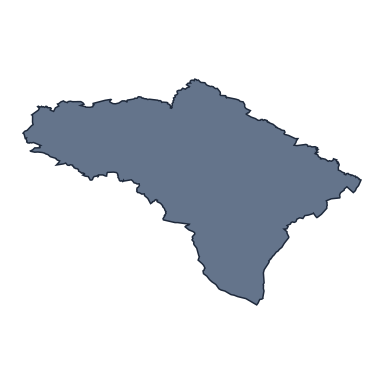 Sørum nor, Akershus, Norway (Natural Earth projection)
{"feature_id": "86288312B90693098258026", "entity_name": "Sørum nor", "entity_type": "district", "adm_level": 2, "iso_a3": "NOR", "parent_name": "Norway", "parent_adm1": "Akershus", "projection": "natural_earth1", "projection_center": [11.283, 59.978], "detail": "fine", "context": "isolated", "style": "filled", "palette": "slate", "viewbox_px": 384, "rotation_deg": 0, "n_neighbors": 0, "source": "geoboundaries", "source_scale": "gbopen_adm2", "svg_char_len": 5950}
<svg xmlns="http://www.w3.org/2000/svg" viewBox="0 0 384 384"><path d="M23.0,133.2L24.1,134.1L25.2,138.4L26.5,138.0L26.1,139.3L26.9,140.7L26.7,142.0L27.4,142.3L27.6,142.8L29.3,143.1L30.0,142.6L31.4,142.9L33.5,142.5L40.6,145.4L39.6,145.8L39.5,146.5L40.1,147.1L39.8,147.8L34.7,147.9L32.9,149.7L30.4,151.0L30.7,151.3L34.7,152.2L37.9,152.0L42.3,152.5L44.7,153.2L45.5,153.8L48.0,154.6L50.3,156.7L55.1,158.1L56.2,158.7L56.1,159.0L57.4,160.1L59.7,160.9L59.0,162.2L56.4,165.0L63.4,163.9L65.7,163.1L67.4,165.1L69.2,165.4L70.5,164.7L72.6,165.2L72.5,165.8L73.8,166.8L73.9,167.6L76.1,168.7L76.9,168.5L78.4,169.5L78.6,171.1L80.9,172.4L81.4,173.1L82.7,172.9L84.1,173.5L83.6,173.9L84.2,174.3L82.8,175.1L85.1,176.1L88.3,176.6L90.2,180.0L91.3,180.1L92.4,179.7L93.2,177.7L94.2,176.5L96.4,176.2L97.8,175.4L98.0,176.7L98.3,176.5L98.9,174.9L102.8,174.9L105.5,176.0L106.6,176.1L107.0,173.2L107.5,172.4L113.5,172.1L116.5,172.6L117.3,173.4L117.8,174.4L117.6,175.0L118.1,175.6L118.0,177.6L118.8,178.3L119.3,180.2L119.8,180.8L120.7,181.1L121.7,180.7L122.7,181.6L123.4,181.1L123.6,180.2L124.2,181.0L131.3,179.8L132.8,181.1L134.1,182.9L135.8,183.2L137.1,184.0L139.1,183.8L139.4,185.4L138.5,187.0L137.1,187.9L136.8,189.4L137.0,190.6L136.7,191.1L137.6,192.5L139.3,192.7L141.8,194.1L144.3,193.9L144.6,195.7L147.8,198.4L150.6,203.6L152.2,202.5L152.6,201.7L153.9,201.4L155.3,199.8L156.0,199.6L156.2,200.0L157.4,200.3L157.0,201.3L157.3,201.8L160.5,203.3L162.7,205.8L162.7,206.7L164.4,208.5L165.0,210.4L166.0,211.6L165.6,212.1L166.0,213.4L164.5,215.4L164.9,215.6L163.0,218.7L163.4,219.9L175.1,222.6L177.8,222.6L189.4,224.2L188.9,224.9L185.9,225.9L185.1,226.8L188.9,229.9L193.3,231.7L194.6,232.7L194.8,234.0L192.4,236.6L192.3,237.3L192.9,238.4L192.0,239.9L193.9,242.1L193.7,243.8L194.1,244.8L196.7,248.1L198.9,256.1L199.4,256.6L198.1,260.1L202.1,263.6L203.6,265.3L205.0,268.1L204.3,269.0L204.1,270.1L203.0,270.9L203.5,273.7L206.8,276.1L209.5,279.6L211.9,281.8L215.9,284.5L218.9,288.8L221.0,290.0L224.8,291.0L231.0,294.6L234.1,295.2L237.7,296.6L245.9,298.6L256.7,304.9L258.1,303.0L259.7,299.5L261.9,299.1L263.0,298.2L262.8,297.8L264.0,291.0L263.4,288.6L263.5,285.4L263.3,285.2L263.3,284.3L264.1,282.9L263.4,272.9L264.2,269.7L268.6,263.0L269.2,261.7L268.8,260.8L270.7,259.1L270.5,258.7L271.3,258.3L272.9,255.9L273.5,255.7L276.4,251.9L277.8,251.3L279.4,249.3L281.9,247.3L284.2,243.4L288.7,237.7L288.8,236.9L286.9,233.0L287.1,231.9L284.0,229.1L286.8,228.9L288.1,226.6L287.0,225.5L290.4,224.1L291.2,222.5L292.6,221.9L294.1,222.4L295.0,222.1L296.0,221.5L296.9,219.2L299.7,217.8L302.9,218.5L304.8,215.6L308.3,215.1L312.8,213.7L313.4,213.1L315.9,216.7L316.9,217.6L317.6,217.2L321.4,214.3L326.8,208.3L326.7,206.6L327.2,205.3L326.9,203.1L327.1,202.8L326.3,200.8L331.3,198.8L339.7,197.9L340.0,197.1L339.6,194.9L340.6,192.7L344.2,190.1L344.3,189.0L346.9,186.8L353.3,192.6L354.9,191.2L355.7,190.0L356.4,188.1L358.5,185.7L361.0,180.0L359.2,179.5L359.4,179.0L356.9,177.0L355.9,177.5L355.4,176.1L354.4,176.2L352.3,175.1L351.4,175.4L351.5,175.0L348.7,174.2L348.1,173.4L346.6,173.6L345.8,174.8L344.8,174.4L344.3,174.1L344.7,173.3L344.4,172.9L342.3,172.2L340.3,170.8L338.4,170.1L338.3,167.1L339.2,164.9L338.9,164.0L337.8,163.6L338.3,163.2L337.6,162.7L338.2,162.4L337.7,161.6L336.6,161.3L336.6,160.8L335.8,159.9L336.2,159.7L333.9,158.9L334.0,159.3L333.4,159.3L333.4,159.8L331.5,161.2L329.3,160.7L328.2,161.3L325.3,159.2L322.3,158.5L321.6,158.9L320.6,158.8L320.8,158.0L318.4,156.6L317.8,154.8L315.2,153.7L316.0,153.2L315.8,152.8L316.5,153.0L317.7,152.2L316.3,151.8L317.0,151.8L316.5,151.4L316.5,150.7L317.3,150.3L316.4,149.4L317.4,149.3L316.4,148.7L317.6,148.8L316.9,148.4L317.6,148.3L317.5,147.8L315.1,146.7L311.9,146.9L310.1,146.1L307.9,146.4L307.5,145.1L306.0,144.4L296.9,145.6L294.1,145.2L295.9,142.6L296.3,141.0L297.9,138.6L295.3,138.6L288.5,135.4L284.4,134.3L284.0,133.6L285.0,132.2L284.3,130.6L281.2,130.0L280.8,129.4L277.3,127.9L277.2,127.5L275.9,127.3L276.0,126.7L273.1,124.3L270.0,123.1L268.6,122.0L268.2,122.4L267.7,122.1L267.1,121.6L267.2,120.6L264.6,119.7L263.2,120.4L262.5,119.5L261.9,119.5L261.0,119.5L260.3,120.3L258.0,120.3L255.5,118.6L251.2,117.1L246.3,114.3L246.2,114.0L247.8,112.9L248.6,112.9L250.4,110.6L246.4,108.8L245.4,107.9L244.7,106.7L244.7,104.5L243.1,101.8L240.3,101.4L238.7,100.0L235.7,99.1L227.3,97.4L226.6,97.9L226.0,97.3L226.2,96.8L225.6,95.7L220.5,95.4L220.0,94.4L220.4,93.7L220.2,92.1L217.3,88.4L215.6,88.6L214.1,87.7L213.4,86.8L211.5,86.3L210.5,86.5L207.5,85.4L206.2,84.6L205.4,83.2L204.7,82.7L200.7,82.4L198.3,80.0L197.0,80.4L196.5,79.7L194.8,79.1L194.1,80.7L193.2,80.1L191.2,80.3L190.3,81.1L190.0,82.2L190.6,83.1L188.0,83.2L186.5,84.8L189.5,86.6L189.3,87.0L187.1,87.7L185.3,89.2L182.7,88.2L180.9,90.2L178.4,90.4L177.1,91.1L177.0,91.8L177.7,93.7L176.9,94.6L174.9,95.4L175.3,97.0L173.5,98.0L174.0,99.9L173.0,101.0L173.3,102.3L172.1,103.5L172.4,105.1L171.8,106.1L172.1,107.5L171.4,108.3L170.4,108.0L170.7,106.1L170.0,105.5L169.9,104.7L167.6,103.7L167.7,102.8L166.9,102.4L162.9,102.1L161.8,102.4L161.3,101.3L160.2,100.6L158.5,100.7L157.8,100.2L149.4,99.2L147.6,99.5L146.6,98.9L144.1,98.6L143.0,98.0L142.2,98.2L141.2,97.1L138.7,96.7L138.1,96.9L137.0,98.3L134.8,98.2L133.9,99.0L127.4,100.1L127.0,100.5L127.2,101.2L126.9,101.9L124.9,100.9L122.1,100.9L118.9,103.0L115.4,103.8L112.9,103.6L109.9,102.0L109.7,101.3L111.2,99.6L110.9,99.4L105.1,100.3L93.1,103.4L93.0,104.0L94.0,104.8L93.0,105.7L92.8,106.7L90.2,107.3L85.9,107.2L85.5,106.7L80.5,105.5L84.0,104.2L82.9,102.8L80.8,101.6L72.7,101.7L70.3,101.2L68.1,101.6L67.3,102.6L64.5,101.7L63.5,100.9L60.9,101.9L58.8,103.6L57.5,104.0L58.8,106.0L55.4,107.9L53.6,111.4L50.3,110.1L50.3,109.5L51.2,108.6L50.6,107.8L47.4,107.6L46.8,107.2L47.1,106.7L46.7,106.4L45.9,106.3L44.7,107.4L43.4,106.7L42.4,107.0L41.6,106.3L41.0,106.9L39.5,106.9L38.4,106.2L37.6,106.6L39.3,108.4L38.4,110.1L31.7,114.9L32.4,115.3L32.6,116.8L32.5,122.2L33.1,124.6L31.6,125.6L27.2,130.3L24.7,131.3L23.0,133.2Z" fill="#64748b" stroke="#1e293b" stroke-width="1.5"/></svg>